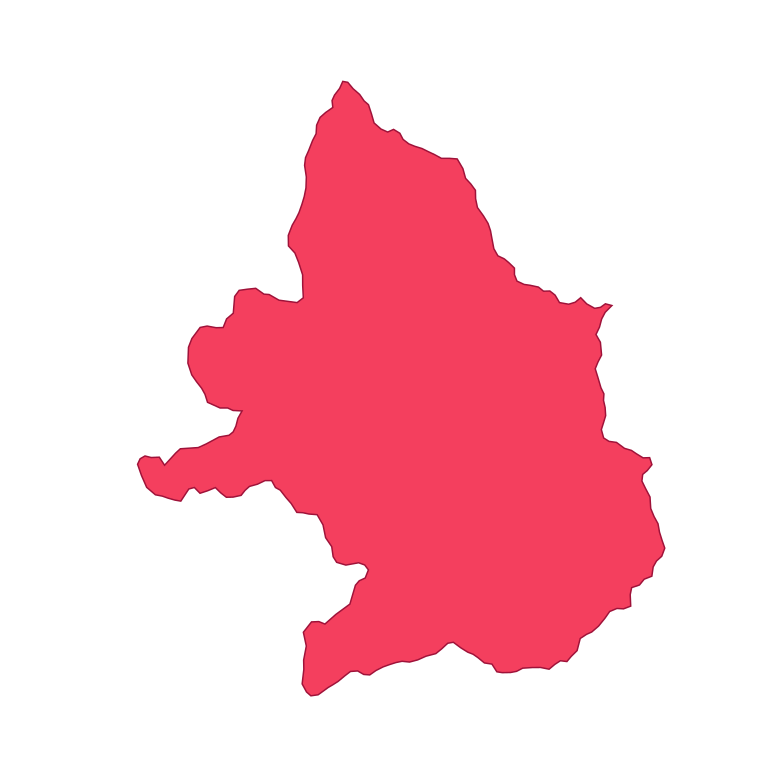 Andradas, Minas Gerais, Brazil (Equal Earth projection), rotated 352°
{"feature_id": "56859067B4264930314137", "entity_name": "Andradas", "entity_type": "district", "adm_level": 2, "iso_a3": "BRA", "parent_name": "Brazil", "parent_adm1": "Minas Gerais", "projection": "equal_earth", "projection_center": [-46.567, -22.057], "detail": "fine", "context": "isolated", "style": "filled", "palette": "rose", "viewbox_px": 768, "rotation_deg": 352, "n_neighbors": 0, "source": "geoboundaries", "source_scale": "gbopen_adm2", "svg_char_len": 3392}
<svg xmlns="http://www.w3.org/2000/svg" viewBox="0 0 768 768"><g transform="rotate(352 384 384)"><path d="M455.7,684.7L460.9,686.3L469.2,687.3L475.3,687.0L481.8,684.7L491.2,685.4L499.6,686.5L507.8,689.4L514.2,685.4L520.2,682.6L526.5,684.3L531.5,679.8L538.1,674.9L542.9,663.3L549.7,660.1L555.2,658.5L562.8,653.6L570.3,646.6L575.8,640.7L583.4,638.7L589.9,640.0L597.4,638.3L598.5,626.9L600.9,620.1L609.0,618.6L614.5,613.5L622.5,611.6L625.1,602.6L629.2,597.2L635.1,593.2L639.2,585.6L637.6,577.5L636.2,569.1L635.9,560.5L633.0,552.9L630.8,544.4L631.7,532.9L628.4,523.7L625.9,516.0L627.6,509.5L632.7,506.3L638.1,501.2L636.8,493.9L630.3,493.2L624.1,488.1L619.8,484.2L613.2,481.2L606.1,474.2L598.8,472.1L594.0,468.0L592.9,459.4L595.9,453.1L599.1,446.2L599.7,438.0L599.1,430.8L600.4,424.4L598.3,417.9L596.8,407.7L595.3,398.3L598.9,392.1L603.5,385.6L604.1,372.8L600.8,364.5L605.3,357.7L608.6,349.9L613.0,343.8L620.6,338.0L614.4,335.4L609.1,338.2L603.2,338.4L595.9,332.9L590.8,325.9L584.8,329.6L578.0,330.7L569.1,327.8L565.8,319.8L561.2,315.0L554.9,314.3L550.4,309.5L542.5,306.6L536.6,304.9L530.0,300.6L528.4,293.9L529.3,287.4L524.8,281.6L520.6,276.9L514.6,272.9L511.6,265.3L511.1,254.6L510.8,247.0L509.4,239.5L505.9,231.4L501.1,222.3L500.5,213.3L501.5,204.9L497.8,198.0L493.4,191.7L492.1,181.7L487.8,171.3L480.0,169.6L472.2,168.5L466.3,164.1L459.8,159.8L454.4,156.1L447.6,152.9L441.9,149.6L436.9,144.4L434.6,137.9L428.9,133.2L422.7,135.0L416.5,131.1L410.5,124.1L409.2,114.9L407.5,105.3L403.7,100.9L400.2,93.9L394.5,87.3L390.1,80.2L385.3,78.6L381.2,85.1L375.2,91.0L372.0,96.1L371.8,103.0L364.0,107.0L357.8,111.1L353.3,118.3L351.6,126.7L347.2,132.9L341.9,142.3L337.8,148.9L335.8,156.4L335.9,168.2L334.0,179.0L331.1,187.3L327.7,194.7L323.7,202.4L319.9,208.0L315.2,214.0L309.9,223.5L308.6,234.0L314.0,241.9L316.4,251.8L318.6,264.6L317.2,275.0L316.1,287.4L309.3,291.3L291.7,286.4L282.7,279.4L277.6,278.3L270.3,271.4L261.9,271.1L253.6,271.1L248.3,276.5L244.6,292.9L237.2,297.6L232.6,305.7L225.6,304.9L216.9,302.0L209.8,302.4L200.1,312.2L195.5,320.4L192.7,336.1L194.9,348.2L198.7,355.7L202.8,362.8L205.3,369.3L206.7,377.6L218.3,384.9L225.9,386.0L230.8,389.2L239.7,390.9L234.6,397.6L231.5,405.1L228.0,410.4L223.4,413.2L213.4,413.5L199.6,418.6L191.2,421.1L173.3,419.8L168.1,423.4L155.4,433.9L151.3,425.2L143.2,424.4L137.3,422.0L132.1,424.1L128.8,429.2L131.1,440.8L134.6,453.3L142.2,461.9L148.9,464.2L154.3,467.0L160.9,469.9L166.5,471.7L171.6,465.9L176.1,460.8L181.8,460.1L186.6,466.6L194.4,465.2L202.6,463.1L207.2,469.1L212.1,474.2L218.8,475.0L227.0,474.4L231.6,470.0L236.5,466.7L244.8,465.6L252.7,463.1L259.3,464.0L262.1,471.4L266.5,474.7L271.1,482.7L275.5,489.5L279.8,499.0L285.8,500.2L291.5,502.3L299.6,504.1L304.0,515.0L304.8,528.1L309.6,537.8L309.6,548.0L312.3,554.0L321.0,558.0L334.0,557.5L339.7,560.5L342.7,565.9L338.4,573.5L332.1,575.4L327.7,579.3L319.6,597.2L304.2,605.5L292.1,613.5L286.4,610.2L279.1,609.5L269.6,618.6L270.6,632.7L266.0,646.2L264.9,655.4L261.2,669.6L264.4,678.2L268.2,682.6L275.5,682.6L281.2,679.6L286.4,676.8L291.5,674.7L297.2,672.1L304.3,667.7L310.8,664.0L318.0,664.5L323.5,668.8L329.4,670.1L336.2,666.6L343.8,664.0L350.6,662.6L357.1,661.5L363.3,661.1L370.6,662.9L379.0,661.9L387.7,659.4L397.8,658.2L404.3,654.3L411.0,649.6L416.7,649.4L423.4,656.0L429.6,661.2L434.6,664.0L438.9,668.0L444.6,674.2L451.9,676.4L455.7,684.7Z" fill="#f43f5e" stroke="#9f1239" stroke-width="1.5"/></g></svg>